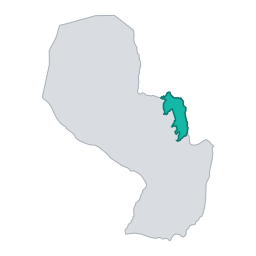 where Amambay sits in Paraguay
{"feature_id": "PRY-615", "entity_name": "Amambay", "entity_type": "Department", "adm_level": 1, "iso_a3": "PRY", "parent_name": "Paraguay", "parent_adm1": "", "projection": "equal_earth", "projection_center": [-56.215, -22.97], "detail": "fine", "context": "in_parent", "style": "filled", "palette": "teal", "viewbox_px": 256, "rotation_deg": 0, "n_neighbors": 0, "source": "natural_earth", "source_scale": "10m", "svg_char_len": 6685}
<svg xmlns="http://www.w3.org/2000/svg" viewBox="0 0 256 256"><path d="M133.7,39.6L134.2,41.6L134.5,43.2L135.1,44.3L135.8,45.7L136.5,46.6L137.0,47.9L136.9,49.5L137.1,51.5L137.5,53.2L137.8,53.7L138.8,54.1L139.3,55.7L139.0,56.5L139.1,57.4L139.4,58.3L139.1,59.2L139.3,59.8L140.0,60.4L140.6,62.6L140.7,66.3L140.0,68.3L139.5,70.0L139.3,71.0L139.7,72.4L139.1,74.2L138.3,76.2L138.5,77.7L138.6,79.1L138.7,80.5L138.9,81.9L138.6,83.3L138.4,84.6L138.2,86.0L138.6,87.7L138.0,89.2L137.6,90.3L137.5,91.4L138.1,93.1L139.7,93.8L140.9,94.0L142.0,93.1L142.9,92.8L144.6,93.7L146.0,95.1L147.9,95.3L149.6,95.6L150.9,96.0L152.8,95.5L154.8,96.0L157.1,96.8L158.9,97.6L160.8,97.4L162.3,97.3L163.7,96.5L165.2,96.6L166.2,95.1L166.8,93.8L167.4,92.9L168.9,92.2L170.0,92.7L170.9,95.0L172.5,96.4L173.1,97.4L174.2,97.8L176.7,97.9L178.3,97.8L180.0,98.6L181.2,98.6L182.2,99.8L183.1,101.4L183.3,104.2L184.1,106.3L185.3,107.2L185.9,108.5L185.7,110.4L185.1,112.3L185.2,114.4L185.8,116.3L185.8,118.2L186.2,120.1L187.0,121.7L187.3,124.3L187.1,126.2L187.7,127.3L187.9,128.8L187.5,130.1L187.4,131.8L187.5,133.3L187.9,134.6L189.1,136.2L189.4,139.1L189.4,141.1L189.9,143.4L190.9,144.5L192.5,144.9L194.4,145.2L196.7,144.7L198.7,144.0L199.9,143.4L202.1,141.7L204.0,140.7L205.0,140.1L206.0,139.6L207.9,140.7L209.7,142.1L211.1,144.0L213.7,146.0L213.2,146.5L212.2,148.2L212.2,150.2L212.9,153.1L212.2,159.1L210.2,168.3L209.3,173.6L209.7,175.2L208.9,177.8L206.1,183.6L206.0,187.5L205.6,199.1L204.6,207.2L203.1,213.3L201.6,216.5L200.3,216.9L199.4,217.8L198.9,219.3L197.8,220.6L196.3,221.6L195.5,222.7L195.4,224.0L193.9,224.7L191.1,225.1L189.5,226.0L189.0,227.6L188.1,228.9L186.7,229.8L186.1,231.4L186.2,233.5L185.4,235.4L183.7,236.9L182.2,237.0L180.8,235.5L179.0,234.5L176.7,234.1L174.7,234.4L173.2,235.6L171.8,237.6L170.6,240.2L169.3,240.6L167.8,238.9L165.9,238.3L163.7,239.0L161.9,238.8L160.5,237.6L158.5,237.5L155.7,238.4L150.1,237.3L141.7,234.3L134.5,233.1L125.8,234.2L125.0,231.1L125.5,229.3L126.9,228.1L127.8,226.6L128.1,225.0L129.1,223.7L130.7,222.8L131.4,222.0L131.1,221.1L131.5,220.3L132.4,219.6L132.9,218.6L133.0,217.1L133.4,216.4L134.0,215.9L134.0,214.9L133.7,211.7L133.7,209.2L134.1,207.2L134.7,206.0L135.0,205.7L135.4,205.0L135.5,203.8L136.1,202.6L138.9,200.3L139.9,199.1L140.0,197.9L140.4,196.4L142.1,193.1L142.6,191.5L142.6,190.7L143.2,189.9L145.2,188.1L146.3,186.3L146.5,184.7L146.0,182.8L144.8,180.8L141.2,175.6L138.4,173.2L134.8,171.3L132.5,170.6L131.3,171.3L130.2,170.8L129.0,169.0L127.1,167.6L122.9,166.1L113.5,160.0L109.7,157.1L108.4,155.3L104.9,152.0L99.1,147.3L94.6,145.0L91.5,145.1L86.6,143.8L79.8,140.9L75.8,138.1L74.7,135.4L72.2,132.7L68.2,130.0L66.1,128.2L65.9,127.3L64.7,126.2L62.5,124.8L60.0,122.5L57.3,119.1L54.4,113.9L51.3,106.9L48.0,102.2L44.5,99.7L42.8,98.1L42.8,97.3L42.3,96.5L42.7,95.2L43.9,89.8L45.6,82.0L47.3,74.0L49.4,64.5L49.3,57.7L49.2,50.6L52.3,44.7L54.5,40.6L56.4,36.6L58.3,29.8L59.6,25.3L64.6,24.2L73.2,21.9L77.4,20.7L86.4,18.2L95.5,15.7L105.2,15.5L114.4,15.4L121.7,21.0L127.2,25.3L133.3,30.1L133.7,31.1L134.1,35.1L133.7,39.6Z" fill="#d9dde1" stroke="#a8b0b8" stroke-width="1"/><path d="M169.5,92.2L169.8,92.2L170.0,92.5L170.5,94.2L171.0,95.1L171.6,95.8L172.8,96.7L173.4,97.4L173.7,97.7L174.1,97.8L177.6,98.0L177.9,97.9L178.1,97.7L178.4,97.9L178.7,98.2L179.0,98.4L180.3,98.5L180.7,98.8L180.7,98.6L180.9,98.1L182.0,99.8L182.8,100.6L183.0,100.9L183.2,101.5L183.2,103.8L183.4,104.8L183.7,105.7L184.2,106.4L184.9,106.9L185.3,107.1L185.6,107.3L185.8,107.6L185.8,108.2L185.8,108.4L185.7,108.8L185.7,109.1L185.7,109.3L185.8,109.8L185.9,110.0L185.7,110.9L185.3,111.7L185.0,112.5L185.1,113.5L185.5,115.7L185.5,116.1L185.4,117.0L185.5,117.5L186.0,118.3L186.2,118.7L186.3,119.2L186.2,120.2L186.2,120.7L186.5,121.0L187.0,121.5L187.5,123.7L187.5,124.2L187.0,125.4L187.0,125.9L187.1,126.5L187.7,127.3L188.0,127.8L187.9,128.7L187.4,130.2L187.4,131.1L187.6,132.0L187.3,132.1L187.1,132.5L186.8,133.8L186.6,134.8L186.5,135.1L186.2,135.4L185.4,136.0L185.2,136.1L184.5,136.1L184.2,136.3L183.7,136.6L181.6,138.5L180.8,139.1L180.6,139.4L180.3,140.0L180.2,140.2L180.0,140.3L179.4,140.6L178.9,140.7L178.2,140.8L177.9,141.0L177.7,141.1L177.4,141.0L177.1,140.8L176.9,140.6L177.0,140.6L177.9,139.9L178.0,139.7L178.1,139.3L178.4,138.4L178.5,138.2L178.6,137.8L178.6,137.1L178.5,136.5L178.4,136.1L178.4,135.9L178.5,135.8L178.9,135.1L179.1,134.8L179.3,134.6L179.4,134.2L179.4,133.8L179.4,132.8L179.4,132.5L179.4,132.2L179.2,131.9L178.9,131.9L177.6,132.2L177.5,132.3L177.4,132.4L177.4,132.6L177.4,132.9L177.3,133.2L177.3,133.4L177.2,133.5L176.9,133.7L176.7,133.8L176.4,134.2L176.2,134.2L175.7,133.7L175.4,132.9L175.2,132.4L175.1,132.1L175.1,131.9L175.1,131.7L176.8,129.8L177.0,129.6L177.1,129.3L177.2,129.2L177.2,128.9L177.1,128.6L177.0,128.4L176.9,128.3L176.6,127.9L176.5,127.6L176.6,127.2L176.7,126.9L176.6,126.7L176.4,126.3L176.2,126.2L175.9,126.1L175.0,126.1L174.8,126.0L174.4,125.9L174.2,126.0L173.9,126.1L173.5,126.2L173.1,126.3L172.6,126.6L172.4,126.8L172.2,126.9L171.9,126.8L172.0,126.7L172.1,126.4L172.2,126.2L172.3,125.5L172.3,125.3L172.3,125.2L172.5,125.0L172.6,124.9L172.8,124.7L172.9,124.4L173.0,124.3L173.0,124.2L173.3,123.9L174.1,123.4L174.2,123.2L174.1,122.6L174.1,122.4L174.1,122.2L174.2,121.9L174.3,121.8L174.3,121.7L174.5,121.6L174.5,121.4L174.5,121.1L174.5,120.8L174.6,120.7L174.8,120.7L175.0,120.8L175.3,120.8L175.4,120.7L175.4,120.4L175.4,119.4L175.5,119.1L175.5,118.9L172.5,109.5L172.5,109.3L172.4,109.2L172.1,109.0L171.8,109.0L171.7,109.0L171.1,109.6L170.9,109.7L170.7,109.8L170.4,110.0L170.1,110.6L170.0,110.9L169.9,111.0L169.6,111.2L168.4,111.4L168.3,111.5L168.2,111.6L167.9,111.9L167.9,112.0L167.8,112.4L167.7,112.9L167.7,113.1L167.4,113.5L167.2,113.9L167.2,114.0L166.8,114.2L166.4,114.4L166.2,114.5L166.1,114.4L165.9,114.4L165.7,114.2L165.5,113.9L165.4,113.8L165.2,113.8L165.0,114.0L164.9,114.1L164.4,114.2L164.1,114.2L163.9,114.2L164.0,113.7L164.2,113.3L164.7,113.0L164.8,112.8L164.8,112.5L164.7,112.0L164.5,110.9L164.3,110.4L164.2,110.0L164.0,109.8L163.9,109.7L163.7,109.5L163.7,109.3L163.7,108.9L163.7,108.7L163.5,108.2L163.4,108.0L163.4,107.8L163.4,107.4L163.5,107.2L163.5,106.7L163.5,106.1L163.5,105.6L163.4,104.9L163.4,104.7L163.6,104.4L163.7,104.0L163.6,103.5L163.6,103.3L163.7,103.1L163.8,102.9L164.5,102.3L164.7,102.1L165.5,100.5L165.6,100.4L166.1,100.1L165.4,99.6L161.1,98.3L160.9,98.0L161.4,97.4L161.5,97.1L161.6,96.9L161.9,97.0L162.0,97.0L162.7,96.8L162.8,96.8L162.9,97.0L163.1,96.8L163.2,96.6L163.4,96.1L163.5,96.0L163.8,96.2L164.5,97.2L164.8,97.3L164.9,97.1L164.7,96.6L164.8,96.5L165.1,96.4L165.9,95.6L166.1,95.3L166.5,94.6L166.7,94.4L166.8,94.3L166.9,93.9L166.9,93.7L167.2,93.1L167.4,92.9L167.6,92.6L168.0,92.5L169.5,92.2Z" fill="#14b8a6" stroke="#0f766e" stroke-width="1.5"/></svg>